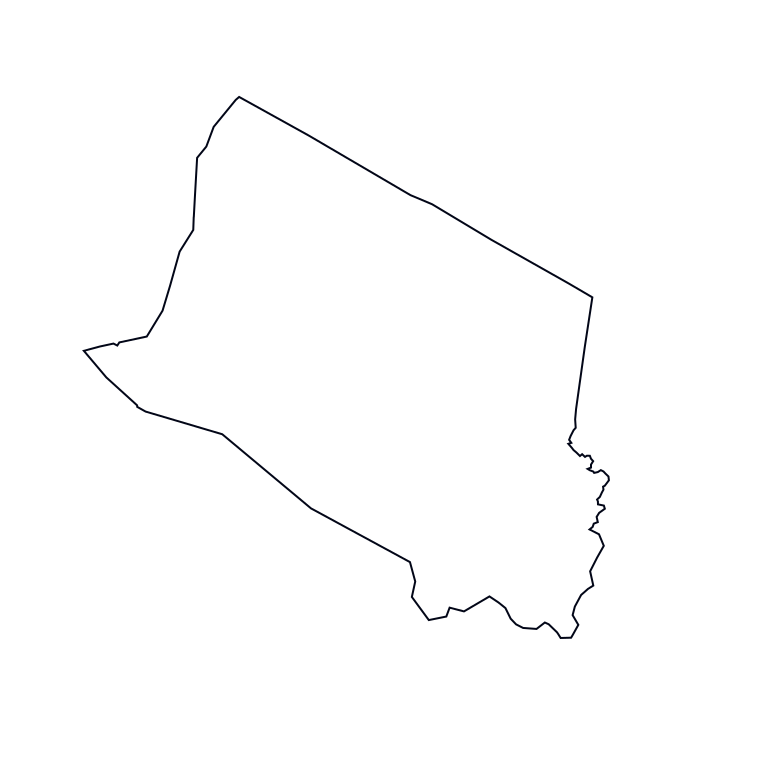 the district of Pano Platres, Limassol, Cyprus, rotated 297°
{"feature_id": "46923920B86921614956899", "entity_name": "Pano Platres", "entity_type": "district", "adm_level": 2, "iso_a3": "CYP", "parent_name": "Cyprus", "parent_adm1": "Limassol", "projection": "mercator", "projection_center": [32.875, 34.909], "detail": "fine", "context": "isolated", "style": "outline", "palette": "ink", "viewbox_px": 768, "rotation_deg": 297, "n_neighbors": 0, "source": "geoboundaries", "source_scale": "gbopen_adm2", "svg_char_len": 1534}
<svg xmlns="http://www.w3.org/2000/svg" viewBox="0 0 768 768"><g transform="rotate(297 384 384)"><path d="M300.9,129.3L297.2,128.9L297.2,124.6L288.4,113.8L277.3,101.5L263.8,133.6L252.9,173.7L251.6,174.5L251.2,184.1L265.8,262.7L240.0,375.6L240.0,377.1L237.1,488.0L222.2,501.5L206.9,505.5L194.0,531.1L205.1,545.1L214.5,544.0L217.7,558.5L233.5,568.6L242.6,574.4L241.3,585.2L239.5,593.9L232.4,603.4L229.8,610.8L229.8,618.7L235.0,631.1L244.5,635.6L244.7,639.8L241.3,650.9L240.2,652.9L238.8,655.2L237.9,656.7L242.9,665.9L246.5,666.1L257.6,666.5L263.7,657.0L272.3,655.1L285.5,655.4L294.1,658.8L299.4,662.0L310.7,652.7L326.2,652.7L339.6,653.3L347.7,643.8L347.7,633.2L351.4,634.8L354.8,634.3L358.0,637.2L362.1,633.8L366.9,634.2L373.1,637.4L375.5,635.1L373.9,629.3L376.5,627.9L377.8,626.3L381.4,627.6L386.3,627.4L389.5,627.5L392.0,625.8L392.9,626.4L393.5,626.9L400.3,628.1L403.5,626.0L404.7,622.0L405.7,619.3L405.7,616.3L402.6,614.5L400.2,611.6L401.0,610.3L400.6,606.5L400.8,604.0L403.5,606.4L406.2,605.0L410.2,605.4L411.4,602.3L413.5,600.0L412.2,597.3L410.3,596.2L411.4,592.4L408.8,591.3L410.3,586.6L411.2,582.8L412.3,580.6L414.4,575.4L416.6,577.6L418.3,574.3L422.3,573.9L428.9,573.9L432.0,574.7L439.2,570.4L448.9,566.5L508.1,546.1L555.8,530.3L557.4,503.2L561.2,414.7L566.0,345.3L564.3,321.9L564.7,314.9L571.2,204.2L574.0,124.6L569.8,122.9L535.8,115.5L514.9,117.9L500.7,114.8L466.6,129.8L446.5,138.7L446.3,138.7L434.7,144.1L409.2,141.8L374.3,148.8L348.8,153.4L318.6,151.1L300.9,129.3Z" fill="none" stroke="#020617" stroke-width="2"/></g></svg>